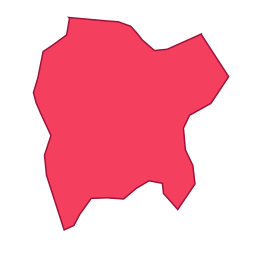 Buk-gu [North Distrikt], Daegu, South Korea (Robinson projection), rotated 184°
{"feature_id": "91817680B84202113891253", "entity_name": "Buk-gu [North Distrikt]", "entity_type": "district", "adm_level": 2, "iso_a3": "KOR", "parent_name": "South Korea", "parent_adm1": "Daegu", "projection": "robinson", "projection_center": [128.573, 35.931], "detail": "fine", "context": "isolated", "style": "filled", "palette": "rose", "viewbox_px": 256, "rotation_deg": 184, "n_neighbors": 0, "source": "geoboundaries", "source_scale": "gbopen_adm2", "svg_char_len": 657}
<svg xmlns="http://www.w3.org/2000/svg" viewBox="0 0 256 256"><g transform="rotate(184 128 128)"><path d="M31.2,186.3L61.4,226.3L61.4,226.9L94.3,209.3L107.0,207.1L119.7,216.6L125.6,223.1L132.4,229.7L137.9,231.2L145.1,233.3L156.3,233.3L194.8,234.1L194.0,233.3L195.7,216.6L209.4,205.0L218.0,198.3L219.7,185.0L221.4,171.7L224.8,156.7L221.4,146.7L216.2,136.7L204.3,115.1L209.4,95.1L206.0,75.2L184.6,21.9L175.2,27.0L170.1,38.6L159.8,55.2L144.4,56.9L127.4,56.9L115.4,68.5L103.4,76.8L89.8,75.2L88.0,65.2L72.7,50.2L57.3,76.8L60.7,95.1L69.2,110.1L72.7,131.7L67.5,145.0L47.0,158.4L38.5,173.3L31.2,186.3Z" fill="#f43f5e" stroke="#9f1239" stroke-width="1.5"/></g></svg>